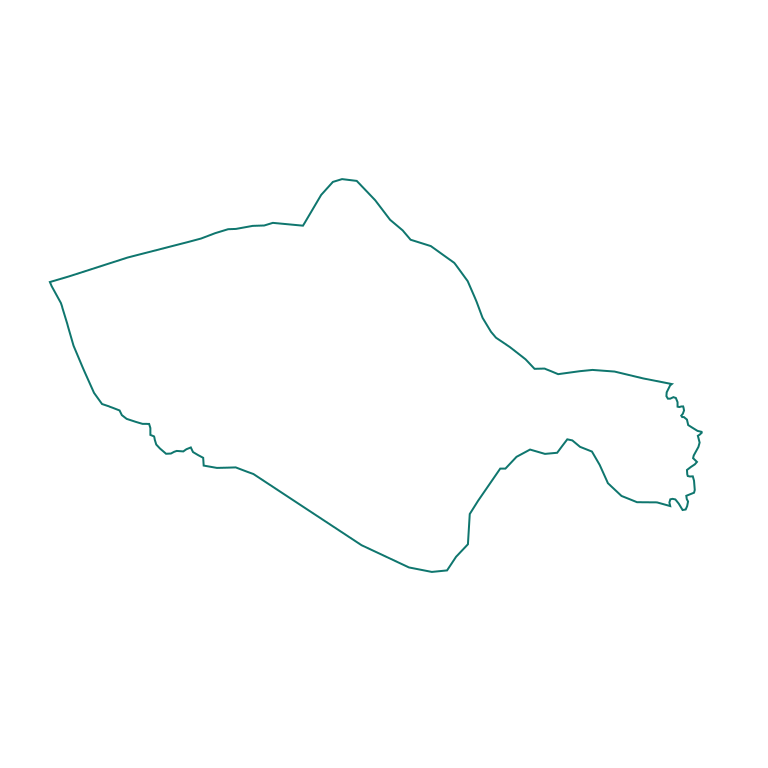 outline of Gbao, Grand Gedeh, Liberia, rotated 73°
{"feature_id": "62588387B49218131763508", "entity_name": "Gbao", "entity_type": "district", "adm_level": 2, "iso_a3": "LBR", "parent_name": "Liberia", "parent_adm1": "Grand Gedeh", "projection": "albers", "projection_center": [-8.462, 6.068], "detail": "fine", "context": "isolated", "style": "outline", "palette": "teal", "viewbox_px": 768, "rotation_deg": 73, "n_neighbors": 0, "source": "geoboundaries", "source_scale": "gbopen_adm2", "svg_char_len": 2426}
<svg xmlns="http://www.w3.org/2000/svg" viewBox="0 0 768 768"><g transform="rotate(73 384 384)"><path d="M373.3,262.7L372.4,263.4L365.4,266.4L349.5,270.4L332.6,271.4L328.5,271.8L310.1,273.9L290.8,280.6L288.7,281.4L275.5,291.5L265.8,298.9L253.8,316.4L251.0,317.6L245.0,320.2L242.6,321.2L228.7,330.2L223.0,332.3L205.7,338.7L181.8,350.7L175.8,364.2L175.8,366.5L175.8,373.8L184.8,388.8L206.5,412.5L208.9,415.2L197.4,443.2L197.4,452.2L194.4,463.3L192.4,480.3L190.4,487.8L190.4,492.3L190.4,501.4L191.4,516.4L190.9,530.5L190.7,534.8L188.6,581.0L188.1,592.4L189.0,654.0L188.8,673.7L193.4,673.2L212.1,669.3L216.0,669.2L217.0,669.3L233.8,669.3L236.3,669.4L256.6,669.7L279.2,667.4L284.5,666.8L307.7,663.9L320.7,659.5L324.0,654.9L324.9,653.6L325.4,653.1L327.2,650.7L332.0,644.6L337.1,643.8L342.1,640.3L347.6,632.5L349.4,629.8L351.5,626.6L353.5,620.3L354.4,620.3L357.8,620.3L364.4,622.3L366.8,619.3L367.7,619.2L370.3,619.5L375.3,619.5L380.2,617.1L384.3,614.5L387.0,612.8L388.2,608.1L387.5,604.6L387.4,601.8L388.6,598.7L389.8,595.6L389.4,594.5L388.6,592.0L388.2,587.3L391.7,586.8L393.3,586.5L395.4,584.6L397.6,582.6L401.7,578.5L404.7,579.2L409.3,580.3L415.4,568.3L418.2,558.3L420.4,550.2L428.0,540.4L431.9,535.2L483.2,492.7L531.6,452.6L566.7,413.8L577.7,393.2L580.7,378.2L570.3,365.6L561.8,350.6L533.4,340.0L523.2,328.2L498.9,297.6L500.4,292.6L492.7,279.1L492.4,278.6L489.4,263.5L497.9,250.5L500.4,238.5L495.9,232.4L490.5,224.9L493.0,220.4L501.4,214.9L509.4,204.9L524.4,201.4L542.4,199.1L544.3,198.9L560.5,189.6L565.8,183.0L571.0,176.6L577.0,157.6L584.4,146.0L580.7,145.7L578.0,143.9L578.2,141.6L579.6,139.1L584.6,137.1L591.8,135.3L592.2,132.2L589.4,129.8L585.3,127.6L582.5,128.1L579.3,127.6L579.2,126.4L578.6,119.3L576.2,117.8L567.1,115.8L562.6,115.7L561.9,118.5L560.8,120.4L559.0,120.4L554.8,119.4L553.1,114.9L551.7,110.2L550.0,107.5L549.1,108.0L545.3,110.1L542.9,108.7L536.1,101.7L532.3,99.3L527.8,99.1L525.3,99.0L524.7,96.8L523.5,94.4L522.6,94.3L520.5,97.9L515.6,102.2L512.2,105.1L506.6,104.7L503.3,106.9L502.8,108.5L501.2,109.0L499.8,106.9L497.0,104.8L494.2,104.5L492.9,104.5L492.4,106.4L492.4,108.3L491.5,109.9L487.2,108.6L482.7,109.0L481.2,111.1L481.7,114.5L481.0,116.8L478.2,117.5L474.6,116.1L469.0,110.8L468.2,108.8L454.5,134.4L439.5,159.9L431.5,180.5L429.0,193.0L425.5,214.6L420.6,220.5L417.5,224.4L416.2,225.9L413.5,235.6L401.8,241.4L386.1,252.4L385.4,252.9L373.3,262.7Z" fill="none" stroke="#0f766e" stroke-width="2"/></g></svg>